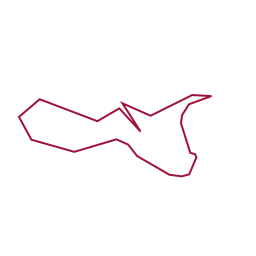 Kalawao, Hawaii, United States of America, rotated 147°
{"feature_id": "52423323B8965190317075", "entity_name": "Kalawao", "entity_type": "district", "adm_level": 2, "iso_a3": "USA", "parent_name": "United States of America", "parent_adm1": "Hawaii", "projection": "albers", "projection_center": [-156.961, 21.174], "detail": "fine", "context": "isolated", "style": "outline", "palette": "rose", "viewbox_px": 256, "rotation_deg": 147, "n_neighbors": 0, "source": "geoboundaries", "source_scale": "gbopen_adm2", "svg_char_len": 439}
<svg xmlns="http://www.w3.org/2000/svg" viewBox="0 0 256 256"><g transform="rotate(147 128 128)"><path d="M186.1,137.3L143.9,124.8L136.9,114.0L135.6,99.4L118.7,66.2L109.3,58.2L101.9,55.8L86.7,66.1L86.0,69.5L89.3,73.2L81.0,103.1L75.7,109.3L63.9,114.7L40.6,109.3L56.3,120.7L102.4,126.0L119.2,151.7L119.4,118.1L124.6,149.2L150.0,150.4L186.4,200.2L213.4,196.7L215.4,170.8L186.1,137.3Z" fill="none" stroke="#9f1239" stroke-width="2"/></g></svg>